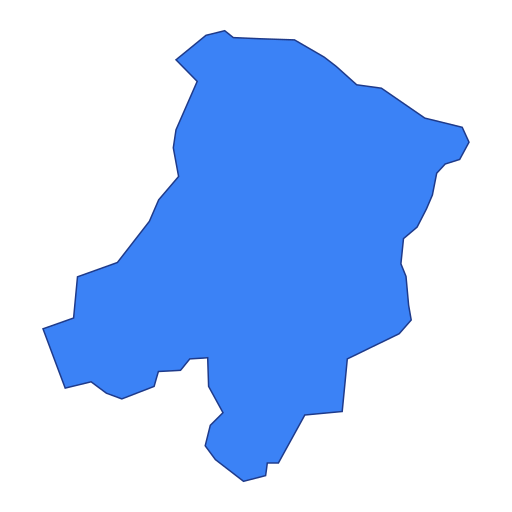 Pukë, Shkodër, Albania
{"feature_id": "67620474B73280275449109", "entity_name": "Pukë", "entity_type": "district", "adm_level": 2, "iso_a3": "ALB", "parent_name": "Albania", "parent_adm1": "Shkodër", "projection": "mercator", "projection_center": [19.995, 42.061], "detail": "fine", "context": "isolated", "style": "filled", "palette": "blue", "viewbox_px": 512, "rotation_deg": 0, "n_neighbors": 0, "source": "geoboundaries", "source_scale": "gbopen_adm2", "svg_char_len": 1003}
<svg xmlns="http://www.w3.org/2000/svg" viewBox="0 0 512 512"><path d="M411.2,320.0L408.6,305.1L406.0,276.4L400.9,263.8L403.5,238.6L417.1,227.1L426.5,208.8L432.4,195.0L436.7,173.2L445.2,164.0L459.7,159.4L469.0,142.2L462.2,127.3L424.8,118.1L381.4,88.2L356.7,84.8L336.2,66.4L324.3,57.2L294.5,39.9L261.3,38.8L233.3,37.6L224.7,30.7L206.0,35.3L176.0,59.8L197.2,81.4L176.0,129.8L173.3,147.8L178.6,176.5L158.7,199.8L149.4,221.3L117.4,262.5L77.5,276.8L73.6,318.0L43.0,328.8L57.2,366.8L65.2,388.1L91.1,381.8L106.4,393.2L121.8,398.9L154.1,386.4L156.4,378.3L158.4,371.5L175.6,370.6L180.5,370.3L182.6,367.8L185.8,363.8L189.8,358.9L197.8,358.4L203.0,358.1L207.7,357.7L208.6,386.4L223.0,412.7L210.3,425.3L205.2,445.8L215.4,459.6L243.5,481.3L265.6,475.6L266.5,469.2L266.8,466.8L267.3,463.0L270.7,463.0L274.3,463.0L278.4,463.0L304.8,415.0L342.2,411.5L345.4,378.7L347.1,360.9L347.3,358.9L358.3,353.6L370.1,347.8L378.4,343.8L391.6,337.4L399.2,333.7L411.2,320.0Z" fill="#3b82f6" stroke="#1e3a8a" stroke-width="1.5"/></svg>